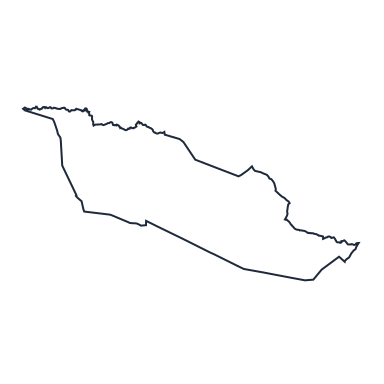 Santiago del Río, Oaxaca, Mexico, rotated 86°
{"feature_id": "50627088B48530858037738", "entity_name": "Santiago del Río", "entity_type": "district", "adm_level": 2, "iso_a3": "MEX", "parent_name": "Mexico", "parent_adm1": "Oaxaca", "projection": "robinson", "projection_center": [-98.116, 17.433], "detail": "fine", "context": "isolated", "style": "outline", "palette": "slate", "viewbox_px": 384, "rotation_deg": 86, "n_neighbors": 0, "source": "geoboundaries", "source_scale": "gbopen_adm2", "svg_char_len": 4902}
<svg xmlns="http://www.w3.org/2000/svg" viewBox="0 0 384 384"><g transform="rotate(86 192 192)"><path d="M287.9,77.1L287.2,76.4L278.5,68.1L270.7,55.9L266.8,49.8L272.3,44.5L271.4,44.2L270.1,42.9L268.2,39.8L264.3,37.3L261.5,34.7L260.6,33.0L258.0,31.8L256.1,30.5L254.5,29.3L254.5,29.6L254.6,30.0L254.4,30.7L254.6,31.3L255.0,32.0L255.6,32.4L256.1,33.4L256.0,34.4L255.5,35.2L255.1,36.3L255.4,36.7L255.3,37.6L255.3,38.7L255.2,39.9L254.7,40.5L253.1,41.5L251.3,42.9L250.9,43.3L250.9,43.6L251.0,44.1L251.6,45.3L251.4,46.4L251.7,46.5L252.3,46.3L252.8,46.6L253.0,47.7L252.6,47.8L252.4,49.2L252.4,50.3L252.2,50.8L251.8,51.2L251.3,51.5L250.6,51.7L250.3,52.0L249.1,52.4L247.1,53.7L247.6,56.2L246.9,56.5L245.9,58.2L246.0,59.4L246.4,59.8L246.4,60.1L246.7,60.7L246.8,61.8L247.4,63.0L247.9,64.5L245.5,64.4L244.4,67.9L244.5,68.5L243.8,69.1L243.6,69.7L242.8,70.7L242.1,73.5L241.7,73.8L241.5,75.1L241.5,75.8L241.2,76.3L241.4,76.9L240.9,78.0L241.1,79.0L239.3,81.3L238.5,83.0L238.4,84.0L238.2,84.4L237.8,86.4L237.8,87.3L237.3,87.7L237.1,88.3L237.1,89.1L236.9,89.9L236.6,90.7L236.0,91.6L235.7,92.1L234.8,92.8L233.5,93.8L233.0,94.1L232.5,94.7L231.9,94.9L231.7,95.3L231.1,95.7L230.1,96.2L228.8,97.0L227.9,97.7L227.3,98.5L226.2,99.4L226.3,100.2L225.9,101.2L222.1,98.8L220.3,98.2L218.4,98.5L213.5,97.5L211.0,96.8L210.0,95.4L208.4,96.1L206.7,98.2L204.3,100.3L203.0,102.4L200.8,104.7L196.6,108.6L194.7,108.2L191.3,108.9L189.1,109.3L186.8,110.5L184.7,112.0L184.0,113.8L182.1,114.6L181.7,114.9L180.1,116.1L179.6,117.1L178.6,119.3L177.0,122.1L176.5,123.9L175.3,127.7L173.7,129.0L171.7,129.9L170.6,130.4L174.1,134.7L178.6,142.0L179.6,144.5L160.0,186.5L141.5,197.1L138.3,200.7L132.9,215.2L130.2,215.4L130.7,216.3L130.8,216.7L131.0,217.2L131.0,217.7L130.9,218.0L130.7,218.9L130.5,219.2L130.6,219.7L130.6,220.3L131.1,221.4L131.3,222.0L131.3,222.5L131.1,223.3L130.7,224.1L130.2,224.5L130.1,225.3L129.5,225.9L128.8,226.4L128.2,226.7L127.2,226.8L126.1,227.8L125.9,228.2L125.5,228.6L125.2,229.2L124.9,230.0L124.1,230.9L124.0,231.3L123.9,232.0L123.4,232.7L122.0,233.4L121.5,234.0L121.9,235.1L121.6,236.4L120.3,237.2L119.6,237.8L119.4,238.6L119.8,239.1L119.9,239.6L119.4,239.7L118.6,239.6L118.0,240.5L118.4,240.8L118.7,241.2L119.1,241.7L119.8,242.1L120.1,242.4L120.4,242.8L120.7,243.0L121.0,243.3L121.9,243.1L122.7,242.8L123.8,244.6L124.0,246.0L124.3,246.1L124.1,247.3L123.8,248.0L123.3,248.5L123.3,248.9L123.6,249.3L123.8,249.7L124.1,250.2L124.5,250.1L124.4,251.3L124.8,251.4L125.5,252.7L125.7,253.5L125.6,254.2L125.0,255.1L124.6,255.8L124.1,256.4L123.9,257.3L123.0,258.4L123.2,259.0L122.5,259.0L122.4,259.5L121.8,259.7L121.7,260.0L121.0,260.2L120.5,260.6L119.5,262.4L119.8,262.9L119.8,263.3L120.2,263.2L120.0,264.3L120.0,264.9L119.7,265.4L119.6,266.1L117.4,266.6L116.8,267.3L116.6,268.3L117.5,269.8L117.4,271.2L118.1,272.4L119.1,275.6L118.8,276.5L117.9,277.5L118.2,279.0L118.1,280.5L118.1,282.2L118.0,283.6L118.9,285.5L117.7,285.9L115.3,285.6L113.8,286.3L112.4,286.7L110.7,286.5L109.9,286.4L109.4,286.4L109.0,286.6L108.7,287.4L108.5,288.3L108.5,288.8L108.3,289.1L106.5,289.1L105.8,289.1L105.6,289.9L105.1,290.0L104.7,289.4L104.3,290.2L104.3,291.0L103.6,291.0L103.1,291.1L102.5,291.1L101.8,291.2L101.3,291.6L101.2,292.2L101.2,292.7L101.6,293.1L102.3,293.2L103.2,293.1L103.2,293.3L102.8,293.6L102.7,294.1L102.9,294.5L103.4,294.5L103.7,294.7L103.5,295.0L103.6,295.7L103.8,295.9L103.2,296.6L102.8,296.6L100.9,301.7L101.3,302.1L101.9,302.4L101.8,302.8L102.2,303.3L102.3,304.1L102.2,304.7L102.1,305.5L101.9,306.5L103.2,308.0L103.2,308.9L102.6,309.5L101.9,309.6L101.4,310.0L101.1,311.8L100.0,312.7L99.5,312.8L99.4,313.3L98.9,313.8L99.2,314.7L99.2,315.6L99.4,316.6L99.7,317.0L100.0,317.7L99.8,319.3L99.6,320.3L99.2,321.3L99.2,321.6L98.7,322.1L98.6,322.7L98.3,323.9L98.8,324.8L98.9,325.6L98.8,326.4L98.1,326.7L97.6,327.2L97.5,328.1L98.2,329.1L98.3,329.8L98.2,330.5L97.8,330.8L97.7,331.6L97.1,331.9L97.2,332.5L97.6,332.7L97.3,332.9L97.2,333.3L97.5,333.4L97.4,333.6L96.9,333.7L96.9,334.1L97.1,334.3L97.0,334.7L97.4,335.3L98.0,335.9L98.4,336.0L98.6,337.0L99.2,338.1L98.5,338.9L98.6,339.6L98.0,340.1L96.9,340.6L96.1,341.0L96.0,341.6L96.7,341.7L97.0,342.1L97.0,342.4L97.5,342.8L97.4,343.2L97.2,343.9L97.3,344.7L97.7,345.4L98.2,346.3L98.6,346.7L98.4,347.5L98.3,348.2L98.0,348.7L97.8,349.0L98.1,349.4L98.1,349.9L98.3,350.3L97.9,350.5L97.5,350.4L97.4,351.5L97.0,351.6L96.5,352.0L96.1,352.8L96.8,354.0L97.2,354.7L98.9,353.0L109.5,325.8L112.4,324.6L119.6,322.7L121.6,322.2L124.8,321.7L128.6,319.5L130.5,319.4L131.2,319.3L156.6,319.6L187.2,307.5L187.8,308.1L190.2,306.2L193.5,302.8L201.3,301.6L204.0,300.9L208.9,275.2L209.5,273.9L217.8,257.4L218.5,256.3L218.8,254.9L219.0,253.3L219.1,252.3L219.2,251.4L219.6,249.2L221.3,246.2L222.0,245.3L221.9,240.2L217.6,239.8L223.7,229.4L232.4,214.3L238.5,203.7L253.7,178.0L255.8,174.1L268.6,152.3L272.4,145.7L277.2,126.6L279.8,116.8L284.1,100.5L288.0,85.4L287.9,77.1Z" fill="none" stroke="#1e293b" stroke-width="2"/></g></svg>